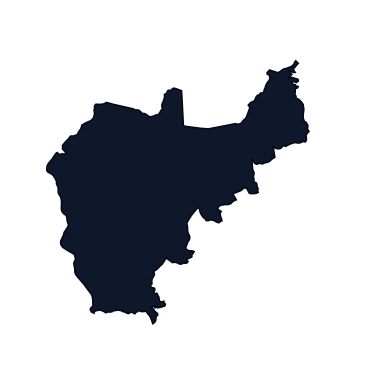 outline of Água Doce, Santa Catarina, Brazil, rotated 252°
{"feature_id": "56859067B81535062588760", "entity_name": "Água Doce", "entity_type": "district", "adm_level": 2, "iso_a3": "BRA", "parent_name": "Brazil", "parent_adm1": "Santa Catarina", "projection": "robinson", "projection_center": [-51.633, -26.817], "detail": "fine", "context": "isolated", "style": "filled", "palette": "ink", "viewbox_px": 384, "rotation_deg": 252, "n_neighbors": 0, "source": "geoboundaries", "source_scale": "gbopen_adm2", "svg_char_len": 6000}
<svg xmlns="http://www.w3.org/2000/svg" viewBox="0 0 384 384"><g transform="rotate(252 192 192)"><path d="M255.8,60.9L254.7,61.8L253.4,63.1L251.8,64.5L250.1,65.2L247.0,66.0L245.7,66.3L243.5,66.3L241.7,65.6L239.3,65.9L236.7,65.9L234.5,65.1L232.5,64.5L230.6,64.8L228.7,65.3L227.3,65.6L223.1,64.9L220.2,63.9L218.1,63.1L216.3,62.5L214.5,62.3L212.8,62.5L211.2,63.1L209.7,64.3L208.0,65.1L205.8,65.0L204.2,64.5L202.7,64.3L201.1,64.3L199.3,64.4L198.0,63.7L196.7,62.4L195.4,60.8L193.2,58.0L191.5,56.9L190.2,56.0L189.1,54.9L187.7,53.6L186.1,52.1L183.6,51.1L181.7,51.1L179.2,52.1L177.4,53.5L175.9,54.7L173.0,57.2L171.4,58.8L170.0,59.9L168.6,60.8L166.4,60.7L164.2,60.4L162.7,59.1L161.2,57.7L159.2,57.2L157.0,57.0L155.3,56.8L153.7,56.3L151.6,55.8L150.0,55.8L148.6,56.1L146.9,56.7L145.0,57.6L143.2,58.3L141.6,59.0L139.4,59.9L137.6,60.7L133.7,61.9L131.3,62.7L128.6,63.7L126.9,64.3L124.9,64.8L122.6,64.7L120.4,64.3L118.1,63.7L116.2,63.1L114.0,62.5L113.3,60.4L111.6,58.8L109.1,59.2L106.9,61.3L108.4,62.3L108.7,64.1L108.4,66.2L108.0,68.5L106.6,69.9L105.7,71.1L103.8,72.5L103.8,74.9L103.1,77.0L102.8,78.7L103.3,80.8L102.8,82.7L102.8,84.6L101.9,86.3L100.9,88.2L99.6,89.1L99.0,90.6L97.3,92.1L96.0,93.9L96.3,95.7L96.5,97.5L95.2,98.6L93.8,100.1L95.0,101.7L95.0,103.5L96.0,104.7L94.3,106.1L93.3,108.5L93.0,110.6L92.0,111.8L90.2,112.1L88.3,113.0L86.5,113.5L85.0,113.8L83.6,113.8L82.2,114.0L80.4,113.9L78.8,114.0L79.7,116.5L81.5,118.2L83.5,118.8L84.8,119.5L85.3,121.2L87.0,121.7L88.7,120.6L90.5,119.6L92.2,119.2L93.7,118.7L95.1,117.2L95.3,118.8L95.4,120.8L93.4,120.7L93.3,122.4L92.4,123.7L92.2,125.4L92.0,127.7L92.0,130.9L93.5,132.1L95.4,131.2L96.9,131.5L96.7,129.5L98.0,127.5L100.2,127.6L102.2,128.1L103.7,127.6L105.4,127.6L106.7,127.2L106.7,125.2L108.6,124.5L109.8,126.1L111.9,126.8L113.4,124.7L114.6,123.2L116.1,124.1L117.1,125.6L119.3,126.1L120.7,126.7L122.0,127.5L123.5,129.4L125.4,131.0L127.3,131.0L128.7,131.9L128.9,133.8L130.0,136.1L131.3,138.7L132.6,141.5L137.5,147.6L135.6,148.1L134.3,149.2L132.5,150.3L130.7,151.9L130.6,153.8L128.9,156.4L127.0,158.2L126.7,160.6L127.1,162.2L126.2,163.6L126.1,165.6L127.1,166.8L129.1,165.7L129.9,167.9L129.9,169.7L130.3,171.8L132.3,172.5L133.3,174.1L134.6,175.6L135.9,174.2L136.6,172.5L137.1,170.9L138.4,169.7L140.0,168.5L141.7,169.4L143.6,171.0L144.7,171.8L146.1,172.9L147.1,174.5L148.3,175.4L149.6,175.9L151.6,176.1L153.8,175.6L156.1,175.8L158.4,176.4L160.6,177.1L162.6,177.2L164.3,177.7L165.4,178.9L166.6,180.3L169.8,184.1L175.6,193.0L173.6,193.7L171.5,193.5L169.6,193.5L167.2,193.9L165.1,194.6L163.4,195.4L162.2,196.3L160.4,196.6L159.6,198.7L159.9,200.4L159.3,202.0L158.4,203.6L155.2,206.7L154.4,208.2L155.3,210.0L155.3,211.6L157.8,211.8L159.9,211.6L162.9,212.1L164.5,213.8L166.5,212.0L168.5,211.1L169.8,213.0L170.6,215.2L170.1,217.3L169.9,219.4L169.3,221.0L168.8,223.2L169.0,225.4L169.9,227.1L170.7,229.4L170.8,231.7L178.3,230.3L177.7,232.6L178.0,235.2L178.0,237.6L178.7,240.4L179.7,242.2L179.2,244.5L177.6,245.4L175.8,245.6L174.4,245.8L172.9,246.2L172.1,247.9L171.2,250.6L170.9,253.0L171.1,254.8L173.1,255.0L174.8,255.9L176.9,255.6L179.2,256.1L180.6,256.0L181.8,255.1L182.4,253.4L183.5,254.4L185.3,255.0L187.4,255.0L188.7,255.8L190.7,256.9L192.6,256.9L194.1,256.7L195.7,256.9L197.3,257.3L198.8,257.5L200.2,258.1L202.0,258.2L204.1,259.4L201.6,259.9L199.5,260.6L198.1,262.5L198.8,264.6L197.9,265.9L196.9,267.6L197.2,269.5L197.1,271.3L196.9,273.2L197.3,275.6L198.3,277.6L199.0,279.6L199.3,281.5L209.5,283.2L207.7,285.1L206.7,286.6L206.2,288.0L206.1,290.0L207.2,291.8L207.8,293.5L206.5,295.1L206.8,297.5L207.3,300.2L207.2,302.6L207.4,304.5L206.6,306.3L205.8,308.0L205.3,309.7L205.6,311.7L205.5,313.8L204.6,315.0L205.5,316.6L207.0,317.2L209.0,317.7L210.6,318.0L212.0,319.3L213.4,322.0L214.9,321.6L216.3,321.3L217.6,322.0L219.5,322.8L221.3,322.4L222.7,322.2L224.7,320.7L226.8,320.6L228.3,320.7L229.8,321.2L231.3,321.8L233.5,322.7L235.6,323.8L237.4,324.2L239.0,324.4L240.8,324.8L242.4,324.3L243.8,323.9L245.5,323.1L247.1,322.2L248.3,321.0L249.5,319.8L250.9,320.6L252.9,319.9L254.9,321.0L256.8,321.6L258.4,322.3L258.3,324.5L259.5,325.6L260.5,323.8L262.0,323.5L263.1,321.5L264.6,321.0L266.0,321.2L265.3,323.2L263.8,324.9L264.7,327.5L266.3,327.7L267.4,326.3L269.6,323.2L270.5,321.6L269.8,319.1L271.2,319.5L272.1,321.3L272.8,323.3L274.9,322.7L276.8,322.4L275.8,324.1L274.3,325.2L273.9,327.1L275.9,326.5L277.9,326.5L278.8,328.5L280.4,330.8L281.5,332.9L283.3,331.9L284.8,331.2L283.6,329.5L282.0,328.3L281.2,326.6L280.6,325.0L280.6,322.9L280.4,319.8L280.7,317.6L280.3,315.5L279.3,313.1L279.0,310.5L284.1,303.4L283.2,301.9L282.4,300.3L280.9,299.9L279.3,301.5L277.3,301.5L275.8,300.9L274.3,300.0L273.4,298.1L271.8,296.2L270.1,294.7L268.4,293.7L267.2,292.4L265.5,291.5L264.3,290.1L265.0,287.8L263.7,285.9L263.7,284.0L262.5,282.2L260.6,280.6L259.3,279.0L259.1,277.4L259.0,275.3L258.2,274.0L257.2,272.3L254.7,273.1L252.7,271.9L250.8,270.3L248.7,268.7L246.7,267.1L245.1,265.2L244.4,263.0L243.0,261.2L242.2,259.7L242.1,257.9L242.4,256.1L243.5,254.7L243.8,253.0L245.6,238.1L246.1,234.1L247.0,227.1L249.9,220.0L256.8,205.5L258.0,204.4L285.4,211.8L291.6,213.4L293.3,211.1L294.3,210.0L295.4,208.5L296.5,206.8L296.0,204.6L295.0,203.2L295.9,202.0L295.9,200.2L293.8,198.3L293.4,196.0L292.0,195.5L290.5,195.2L289.0,194.0L287.1,192.7L285.8,191.3L284.3,190.3L282.2,189.7L280.5,189.7L279.1,187.6L277.6,186.0L276.1,184.1L276.4,181.2L276.1,178.6L276.4,175.2L278.2,173.7L280.2,172.3L281.4,170.9L282.2,168.9L284.3,168.0L285.9,167.0L287.2,165.2L287.3,163.6L288.6,162.6L289.5,161.4L299.9,144.0L303.6,138.5L303.2,136.2L303.2,134.0L304.1,130.6L305.2,127.8L304.2,126.0L301.5,125.0L299.8,124.0L296.9,123.6L293.6,121.7L292.3,120.3L291.1,117.5L290.6,112.1L289.7,108.0L286.5,105.8L284.6,103.2L282.0,100.5L281.9,96.6L282.8,93.8L280.4,90.3L279.2,87.8L278.3,86.2L276.2,83.2L272.9,82.1L270.5,83.2L267.6,84.4L267.6,82.3L268.5,80.0L268.6,77.4L271.2,76.1L270.8,74.5L269.4,72.6L267.8,70.6L266.5,68.9L265.3,67.1L263.7,64.4L261.8,62.4L259.2,61.1L257.3,60.5L255.8,60.9Z" fill="#0f172a" stroke="#020617" stroke-width="1.5"/></g></svg>